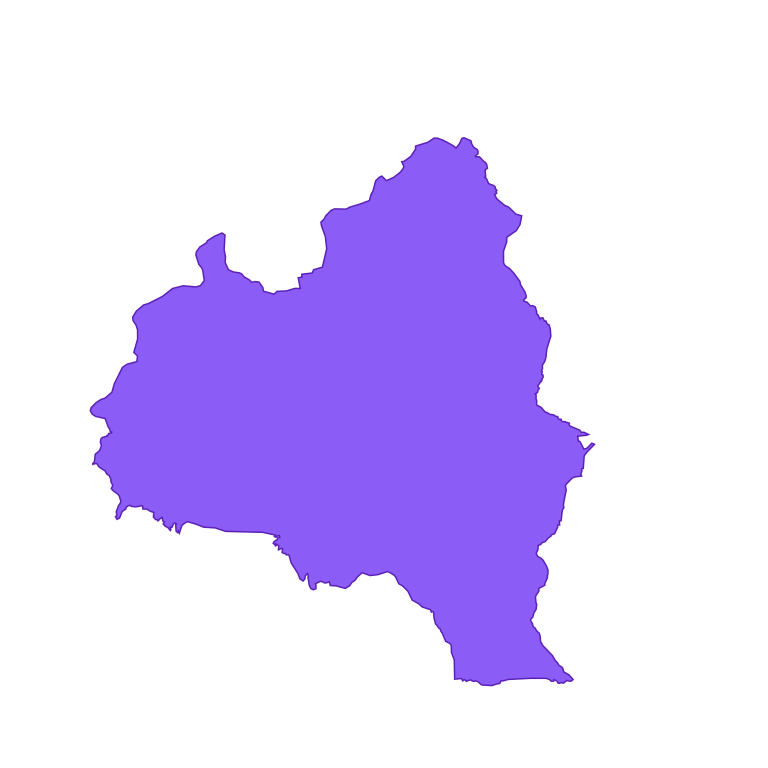 outline of Camarzana, Satu Mare, Romania, rotated 288°
{"feature_id": "2599482B36340809154582", "entity_name": "Camarzana", "entity_type": "district", "adm_level": 2, "iso_a3": "ROU", "parent_name": "Romania", "parent_adm1": "Satu Mare", "projection": "albers", "projection_center": [23.295, 48.003], "detail": "fine", "context": "isolated", "style": "filled", "palette": "violet", "viewbox_px": 768, "rotation_deg": 288, "n_neighbors": 0, "source": "geoboundaries", "source_scale": "gbopen_adm2", "svg_char_len": 6171}
<svg xmlns="http://www.w3.org/2000/svg" viewBox="0 0 768 768"><g transform="rotate(288 384 384)"><path d="M641.7,382.2L635.9,381.5L630.6,379.6L631.8,376.9L632.7,372.8L634.1,365.0L634.3,359.0L633.4,355.7L627.3,350.9L620.3,340.9L619.8,340.5L617.1,341.5L608.7,339.1L602.0,334.3L600.9,332.2L597.1,335.6L595.3,335.7L590.7,334.2L583.5,329.4L578.1,323.4L581.1,317.7L579.0,315.5L574.7,313.3L564.4,313.9L560.3,313.1L553.9,313.4L548.0,306.0L541.6,296.8L538.6,293.9L535.3,282.9L532.9,280.1L526.1,276.7L522.4,276.1L518.4,274.0L515.1,275.7L506.2,282.6L495.0,287.7L476.1,289.3L470.9,281.7L467.4,281.5L463.0,271.9L460.3,272.9L458.5,269.6L449.0,274.8L447.3,269.6L442.4,262.5L439.0,253.6L435.5,251.8L435.0,240.7L438.3,239.0L442.3,233.6L441.6,229.8L439.8,226.7L441.4,223.8L442.7,217.7L444.8,214.5L445.0,212.0L444.0,206.1L444.6,200.8L450.6,195.3L456.2,193.9L462.2,190.5L476.6,186.7L477.5,183.2L472.1,177.1L465.7,171.8L463.5,171.5L457.4,166.5L451.7,164.7L448.6,165.2L440.7,170.8L438.1,174.7L436.1,176.5L426.8,181.1L420.8,179.0L418.2,175.2L415.4,162.8L409.5,153.4L398.9,146.3L387.7,135.1L384.9,131.0L376.9,126.0L370.0,124.3L366.8,125.7L363.4,130.0L359.3,132.9L350.5,135.8L336.7,136.3L334.5,140.9L328.9,142.0L323.3,133.4L318.9,130.1L300.6,127.4L292.2,127.8L284.4,123.1L281.7,119.5L277.4,116.0L271.0,112.8L267.7,113.0L265.1,115.9L264.1,119.8L265.0,129.5L257.2,135.6L257.0,136.6L254.2,138.4L254.1,139.9L253.2,139.9L251.8,137.4L250.6,137.5L249.4,136.5L248.9,136.8L246.5,133.1L244.8,131.8L241.3,132.1L238.1,134.3L232.9,134.1L227.9,131.1L222.2,132.3L220.1,132.4L218.1,131.6L217.6,131.9L219.3,134.3L219.3,136.0L217.2,138.3L215.9,142.3L215.4,145.2L212.7,148.2L211.9,151.1L209.2,153.5L206.5,154.6L204.3,156.9L202.9,157.4L200.4,156.9L199.0,158.9L196.9,165.1L195.8,166.7L191.6,169.7L189.7,170.1L185.6,169.0L179.6,168.9L176.5,170.5L174.7,169.6L172.8,172.0L174.8,173.9L181.7,174.4L185.5,177.1L187.0,177.0L188.6,177.9L190.1,179.7L189.6,181.4L190.4,185.8L193.5,191.5L193.4,192.1L190.6,193.3L191.7,197.0L190.7,201.3L190.7,204.7L186.2,205.8L184.5,208.7L184.9,210.4L184.0,210.9L184.5,211.9L185.9,212.1L188.5,214.2L185.4,216.0L184.8,217.8L183.0,217.2L182.2,217.7L182.0,219.1L181.2,219.6L180.7,222.8L178.6,226.0L179.6,226.3L181.9,225.0L182.2,226.6L186.1,227.1L187.2,227.9L186.8,229.8L185.7,229.4L179.7,231.8L178.9,233.7L180.6,233.8L178.8,235.5L187.1,235.5L190.5,237.8L192.4,239.8L192.6,249.1L192.1,256.6L195.0,268.1L194.9,278.9L205.5,314.6L206.7,327.6L205.1,326.9L204.8,328.7L206.9,329.9L207.6,331.3L206.0,332.2L205.2,330.7L203.3,330.6L200.2,328.2L198.3,327.8L197.2,330.3L196.5,330.8L196.8,331.2L198.5,330.6L197.6,333.8L193.7,334.9L196.0,337.5L196.0,338.5L192.3,339.1L191.8,341.2L192.4,342.6L191.3,343.8L192.1,346.3L185.0,351.2L177.2,360.7L172.7,364.2L171.6,367.9L174.0,369.0L177.2,368.4L180.0,369.8L178.0,371.5L176.6,371.4L169.2,375.3L166.8,377.7L166.5,380.3L168.2,382.5L171.5,381.6L172.8,380.5L176.4,384.1L177.1,386.7L176.5,387.8L176.6,389.8L178.9,393.3L175.8,395.1L176.6,399.0L177.1,399.6L177.7,410.5L181.4,413.6L185.2,414.7L188.7,417.3L192.0,418.2L197.8,421.5L197.5,429.9L200.9,437.3L206.6,445.1L206.5,447.9L205.2,452.9L204.0,454.8L198.6,459.8L197.8,463.8L194.4,470.7L187.2,477.6L185.7,485.0L183.7,489.5L183.7,498.0L181.7,499.5L182.7,500.7L182.3,501.6L176.6,504.1L171.7,507.2L171.3,508.3L168.7,511.6L168.2,513.4L166.6,514.3L165.0,516.4L158.3,522.2L157.7,526.4L156.4,528.6L149.4,531.2L143.3,536.1L125.1,542.4L127.8,548.7L126.0,550.5L127.8,552.0L126.6,554.4L128.2,555.8L129.4,558.2L128.8,559.6L129.1,561.6L129.9,562.5L129.9,565.6L128.3,568.7L128.1,570.6L130.6,580.0L133.5,583.8L135.0,586.7L138.1,587.0L138.3,588.9L141.4,593.4L149.5,614.6L154.2,629.3L154.0,633.0L153.0,634.9L153.8,637.2L155.2,637.0L155.3,638.6L154.9,640.3L153.3,641.9L153.5,643.3L154.9,644.9L154.8,646.7L155.3,647.4L158.5,649.5L158.7,652.3L159.4,654.0L161.4,655.2L164.5,649.8L165.8,643.9L169.3,641.5L170.7,637.1L172.7,634.9L173.6,632.8L177.7,628.2L184.3,615.9L187.5,612.5L192.5,610.4L195.0,608.6L196.5,605.3L198.4,603.4L199.3,600.9L202.1,599.1L204.1,596.7L205.6,596.2L208.3,597.6L212.5,597.2L216.6,598.3L221.7,597.3L222.7,596.3L227.8,594.0L230.2,593.9L234.5,595.3L237.5,594.5L242.3,599.1L243.9,598.6L250.5,599.3L252.0,598.6L253.4,598.7L257.7,597.5L261.2,594.7L265.7,589.6L266.9,586.9L267.4,583.7L269.8,581.1L274.0,581.6L278.0,580.6L279.8,582.6L282.2,583.6L283.7,585.9L288.5,587.9L290.9,589.8L292.2,589.7L294.3,592.5L301.4,593.4L303.6,592.9L304.2,594.6L308.0,593.1L308.7,594.7L317.5,592.9L320.2,592.7L322.0,593.3L323.8,592.2L327.3,591.5L339.4,590.1L342.8,588.2L344.6,588.1L352.8,592.1L354.6,594.3L357.5,600.4L359.5,598.9L361.7,599.2L364.7,598.4L365.3,599.6L377.5,596.6L381.6,597.9L391.7,602.9L391.9,599.9L385.8,597.0L383.8,594.2L389.4,588.6L390.0,587.6L389.6,586.6L394.2,584.3L397.8,592.4L399.2,594.1L399.9,589.1L399.0,586.6L400.6,584.4L401.5,573.7L402.6,572.6L403.9,572.5L404.1,570.3L403.7,569.4L404.2,568.2L403.4,565.3L403.9,563.7L405.2,563.4L404.6,561.9L404.8,560.6L406.7,559.2L406.3,557.4L407.1,554.7L406.4,551.5L407.3,547.3L407.1,546.0L410.3,540.7L411.2,536.0L411.7,535.4L415.6,534.3L416.6,533.3L420.4,532.1L421.5,530.9L421.7,531.6L423.8,532.7L425.7,532.3L427.8,533.1L429.2,531.1L430.6,530.9L432.7,532.0L433.4,531.6L435.0,532.9L435.9,532.4L436.6,533.1L438.2,532.7L439.5,533.3L441.6,532.5L441.7,531.1L444.8,530.6L445.3,529.6L447.6,530.0L450.9,528.8L454.9,529.9L459.3,529.8L467.7,528.0L481.0,527.9L487.6,525.2L491.4,522.6L491.4,520.8L494.0,518.5L493.3,517.2L496.1,514.5L495.0,512.4L494.0,512.3L497.6,508.8L497.8,507.4L499.9,506.9L504.0,504.1L504.5,501.2L503.4,499.3L506.0,494.9L506.1,491.2L507.0,490.8L509.8,492.4L511.3,492.3L514.9,489.8L520.5,483.3L523.6,481.5L529.6,473.1L532.7,467.6L533.5,463.8L534.7,461.6L536.4,460.2L547.3,456.6L557.0,456.8L561.4,455.4L570.7,462.4L577.6,464.1L586.5,463.0L586.3,457.0L590.5,448.4L591.0,446.9L591.0,443.9L594.9,434.2L598.1,430.7L600.2,432.2L601.7,430.9L602.9,431.6L604.2,429.7L605.9,428.7L606.6,427.3L606.9,421.6L610.7,418.3L611.7,415.9L612.6,416.7L618.7,414.0L621.2,415.7L624.7,413.7L625.9,412.2L627.0,409.1L629.6,404.6L628.4,400.9L629.1,400.3L631.9,402.3L634.2,401.6L635.8,400.2L636.9,396.0L639.5,393.2L642.2,391.5L642.9,384.0L641.7,382.2Z" fill="#8b5cf6" stroke="#5b21b6" stroke-width="1.5"/></g></svg>